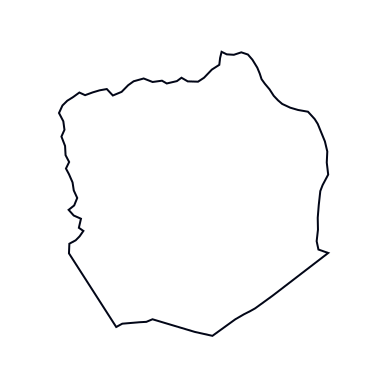 Japurá, Paraná, Brazil, rotated 10°
{"feature_id": "56859067B24068118556484", "entity_name": "Japurá", "entity_type": "district", "adm_level": 2, "iso_a3": "BRA", "parent_name": "Brazil", "parent_adm1": "Paraná", "projection": "mercator", "projection_center": [-52.551, -23.437], "detail": "fine", "context": "isolated", "style": "outline", "palette": "ink", "viewbox_px": 384, "rotation_deg": 10, "n_neighbors": 0, "source": "geoboundaries", "source_scale": "gbopen_adm2", "svg_char_len": 1181}
<svg xmlns="http://www.w3.org/2000/svg" viewBox="0 0 384 384"><g transform="rotate(10 192 192)"><path d="M81.5,273.8L140.8,338.1L146.2,333.8L163.2,329.3L169.6,327.8L175.2,324.2L219.1,329.3L237.1,330.1L256.8,309.8L264.4,303.4L270.0,299.2L274.3,295.7L289.3,280.2L336.7,228.4L326.5,226.7L323.3,218.8L322.6,207.3L320.3,195.6L319.1,182.9L318.2,168.8L319.4,162.6L323.1,151.2L319.6,139.6L318.2,128.6L314.1,119.1L304.0,103.1L300.2,98.9L292.3,92.8L282.2,92.8L274.1,91.9L265.5,89.6L260.8,86.8L255.8,83.1L250.5,77.4L244.9,72.7L240.9,68.8L238.2,63.7L234.7,58.2L228.5,51.2L223.2,46.9L216.3,45.9L209.4,49.6L202.3,50.4L196.8,48.8L196.4,55.1L196.8,62.0L190.3,68.0L184.0,77.4L178.8,82.3L168.6,83.8L161.8,81.3L157.9,85.4L148.3,89.5L143.1,87.6L134.1,90.5L124.7,88.6L115.3,93.1L110.6,97.9L105.3,105.6L97.3,110.7L90.2,105.4L83.4,107.9L77.0,111.1L69.9,115.2L63.8,113.6L58.5,119.1L53.3,123.8L49.4,129.3L47.3,137.3L53.0,144.7L55.6,152.9L53.8,160.1L59.0,168.7L61.1,177.7L65.8,183.8L63.8,190.8L67.8,195.9L72.7,203.3L75.3,211.0L80.0,217.8L78.3,225.7L73.6,231.0L79.6,235.7L87.3,237.6L86.8,246.9L91.8,249.2L89.0,255.2L85.8,259.8L80.2,264.2L81.5,273.8Z" fill="none" stroke="#020617" stroke-width="2"/></g></svg>